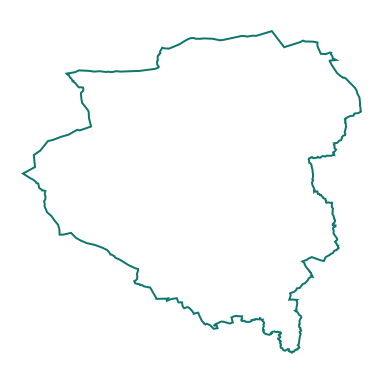 Lier nor, Buskerud, Norway (Equal Earth projection)
{"feature_id": "86288312B74882659121257", "entity_name": "Lier nor", "entity_type": "district", "adm_level": 2, "iso_a3": "NOR", "parent_name": "Norway", "parent_adm1": "Buskerud", "projection": "equal_earth", "projection_center": [10.309, 59.848], "detail": "fine", "context": "isolated", "style": "outline", "palette": "teal", "viewbox_px": 384, "rotation_deg": 0, "n_neighbors": 0, "source": "geoboundaries", "source_scale": "gbopen_adm2", "svg_char_len": 5973}
<svg xmlns="http://www.w3.org/2000/svg" viewBox="0 0 384 384"><path d="M23.0,173.6L31.1,178.7L33.1,179.6L36.4,182.5L36.5,183.1L38.3,183.6L39.2,188.0L41.8,189.7L42.0,190.4L42.8,190.3L45.4,191.0L44.7,194.0L45.5,196.5L45.4,199.2L44.1,201.3L44.7,203.8L44.6,206.0L44.8,207.1L46.2,209.9L46.9,212.1L51.5,216.1L54.3,220.2L58.1,224.9L59.4,229.4L59.6,234.7L62.8,234.7L71.1,232.9L76.0,237.9L81.0,240.7L86.8,243.1L95.1,245.0L102.3,247.7L107.1,250.0L109.0,252.1L110.4,254.5L111.4,254.5L114.6,256.4L115.1,257.6L119.5,259.5L128.7,265.2L135.4,268.3L138.0,269.0L138.1,270.3L136.9,274.1L137.3,276.0L137.1,279.0L135.5,280.6L134.2,281.2L135.4,283.4L139.8,284.3L140.1,285.1L142.5,285.2L143.7,286.3L150.2,287.6L156.2,298.0L156.3,298.8L166.4,298.7L167.8,298.4L166.7,300.1L166.8,300.8L170.8,299.1L176.9,298.2L178.2,302.1L178.7,302.4L182.0,302.3L182.6,306.2L184.2,308.3L187.1,307.1L189.2,307.8L191.7,310.5L193.4,312.8L193.7,313.8L197.9,312.6L198.6,313.3L198.7,314.2L201.9,320.9L203.4,322.5L203.8,323.4L204.2,323.3L205.5,324.5L206.9,323.7L210.2,325.3L213.7,328.8L217.5,328.2L216.7,325.6L214.4,325.6L214.2,325.3L216.0,324.9L215.6,324.2L221.1,321.6L223.4,321.7L229.6,323.5L232.8,322.5L231.5,317.5L234.0,316.3L236.7,315.8L237.8,316.2L241.9,316.3L241.7,316.9L241.9,317.4L241.6,319.0L241.9,319.1L241.3,320.1L241.7,320.9L244.7,320.8L245.3,321.6L246.9,321.9L249.9,321.8L252.0,320.6L251.8,320.0L253.2,319.7L253.3,319.9L254.7,319.8L255.3,319.6L255.4,319.1L259.7,319.4L260.0,319.1L260.0,318.2L260.5,318.4L260.7,319.3L261.5,319.9L262.7,319.7L262.4,320.5L262.7,321.2L263.5,321.6L264.2,323.0L263.4,324.3L263.9,326.1L263.1,327.9L263.1,329.9L263.8,330.0L263.8,330.4L263.1,330.3L263.1,330.8L263.7,330.9L263.7,332.3L264.2,333.0L265.7,334.0L269.3,334.8L271.2,334.1L271.8,333.4L271.0,333.0L272.0,331.9L274.6,331.4L275.9,332.1L277.6,331.7L279.5,332.2L280.0,332.1L280.7,332.6L281.0,333.1L280.6,333.9L279.3,334.4L278.7,335.0L278.8,335.5L280.2,336.4L280.3,337.4L278.7,338.5L278.1,338.5L278.2,339.1L278.9,339.4L279.5,340.4L280.5,340.8L280.7,341.2L280.0,341.3L279.9,341.9L280.3,342.2L280.1,343.1L280.8,344.0L280.6,345.0L281.0,345.2L280.5,346.8L280.9,347.8L282.2,348.1L283.5,350.3L285.2,350.7L287.7,349.1L288.9,349.2L288.7,351.0L289.4,351.5L290.7,351.6L291.7,352.5L291.1,352.9L292.4,352.5L291.9,352.4L292.5,351.7L293.7,351.7L294.3,351.3L294.7,350.3L296.5,349.7L296.2,349.5L296.4,349.3L297.5,349.2L298.5,348.3L298.4,347.9L299.3,347.5L298.5,345.9L298.5,345.0L298.0,344.9L298.8,343.8L299.9,336.1L300.6,334.3L300.5,333.5L299.9,333.0L299.7,331.9L301.1,330.6L300.3,329.3L300.6,329.1L300.4,328.0L299.5,327.5L299.6,327.1L299.0,326.2L299.3,325.0L299.1,324.5L299.7,324.3L299.5,320.7L301.3,317.1L300.7,315.8L299.2,315.0L297.4,312.0L296.0,311.5L295.0,310.6L296.6,309.9L296.3,308.7L297.3,303.2L296.6,300.6L297.2,299.9L291.5,299.5L289.3,299.7L290.7,295.4L290.1,293.3L294.5,291.6L296.5,289.7L296.7,288.4L299.8,287.9L302.8,284.0L304.8,283.4L307.7,280.4L308.6,278.5L311.4,276.6L312.7,276.8L312.4,276.1L311.5,275.7L312.0,275.4L311.2,274.1L311.1,272.8L310.1,272.3L310.0,271.5L309.0,270.9L308.7,269.9L307.5,268.9L306.1,266.9L304.7,264.6L304.5,263.2L302.4,261.4L306.8,259.9L308.2,258.7L311.8,257.1L320.6,260.3L323.9,261.0L325.6,257.2L330.3,254.5L330.8,253.9L332.9,253.0L333.9,251.2L335.8,250.1L336.4,250.2L337.0,249.4L337.7,249.0L337.8,248.5L338.5,248.4L338.7,248.0L338.2,247.5L337.9,246.3L338.2,245.7L336.9,244.9L336.4,243.3L335.0,241.8L337.2,239.8L337.2,238.7L333.5,233.5L333.7,230.6L333.0,229.0L333.2,227.7L334.1,226.9L335.5,226.4L335.5,225.4L333.9,225.6L332.7,225.0L332.7,224.1L333.9,223.4L333.8,223.1L334.9,221.6L335.0,221.0L334.9,219.7L334.3,219.1L333.9,218.0L333.8,216.3L332.5,214.0L332.5,212.2L332.8,211.3L332.6,210.4L333.0,208.7L331.9,207.1L331.8,205.0L332.2,203.2L331.8,202.6L330.3,202.9L328.5,202.4L326.9,202.6L325.7,203.2L326.3,202.6L325.8,201.5L326.0,200.5L325.6,200.2L325.4,198.9L323.3,198.2L323.2,197.5L321.4,195.7L321.1,195.0L320.0,195.1L319.4,194.0L317.9,193.9L317.3,191.4L315.2,191.6L314.9,190.8L314.1,191.7L313.9,188.1L312.5,185.3L311.9,182.7L313.1,180.1L312.4,179.5L313.0,176.9L313.0,173.5L312.5,171.7L312.7,170.5L311.5,166.3L311.7,165.5L310.6,163.4L309.2,162.7L309.1,160.3L308.7,159.1L309.1,158.3L310.5,158.0L311.5,157.1L312.6,157.3L313.3,158.2L316.9,157.7L317.9,156.8L318.9,157.6L320.5,157.7L320.8,157.1L322.6,156.1L325.5,156.5L326.6,155.7L331.2,155.8L333.2,154.8L334.0,155.0L333.8,154.5L334.0,154.3L333.4,153.8L333.8,153.0L333.2,152.4L334.6,151.5L336.1,149.6L334.4,147.9L334.6,146.0L333.9,144.9L334.8,143.7L334.3,143.2L337.2,142.9L338.8,140.9L341.2,140.0L341.8,138.0L342.1,137.9L342.1,137.0L343.0,135.8L345.1,135.1L345.3,133.6L344.8,133.0L344.8,132.0L346.0,126.8L345.8,123.8L345.1,122.8L345.5,122.3L345.2,121.7L345.5,121.2L345.0,120.2L345.4,119.6L344.9,119.0L345.5,118.4L350.2,116.0L353.5,115.7L354.4,113.5L358.0,113.2L361.0,111.6L360.5,110.4L360.5,107.6L359.9,105.7L360.1,104.1L359.5,97.6L357.1,93.1L356.9,91.3L355.1,88.0L345.5,78.2L344.1,77.7L343.6,77.9L340.9,76.3L337.1,73.1L331.8,65.1L329.6,60.9L329.9,60.6L336.1,60.0L332.7,58.3L332.5,56.7L331.0,54.1L331.3,52.9L330.0,52.5L325.8,54.1L320.8,53.8L317.4,46.0L317.4,42.4L312.5,41.6L305.3,41.5L302.9,40.6L300.5,42.0L284.2,47.2L271.8,31.1L256.4,35.8L252.1,35.7L247.7,36.5L241.9,35.9L223.3,39.9L220.0,40.3L212.9,38.8L204.5,38.4L199.9,38.8L195.4,38.7L193.6,38.0L190.7,38.1L186.3,40.0L179.6,44.2L169.1,48.6L164.5,48.4L162.2,47.7L160.0,51.7L160.3,53.3L159.4,53.7L159.3,54.7L158.1,55.4L157.6,57.1L157.8,60.5L157.2,61.2L157.1,63.9L157.4,64.9L158.8,66.8L158.2,67.7L154.9,68.9L139.5,70.9L120.7,71.6L115.8,71.2L112.1,72.1L107.7,71.7L106.3,72.0L99.3,71.2L94.4,71.6L88.2,70.8L78.9,70.4L75.1,72.2L66.6,73.6L67.7,74.7L69.1,75.4L69.9,77.4L71.4,78.7L72.1,80.0L73.3,80.9L72.8,81.3L75.0,82.8L78.3,86.9L79.3,87.4L82.0,87.3L83.0,87.6L83.3,88.7L83.2,90.6L80.9,93.0L81.4,99.0L82.1,102.8L87.9,110.2L88.7,112.0L89.0,118.3L91.1,126.5L79.8,130.4L77.2,129.8L68.5,134.7L61.4,136.7L53.0,139.9L47.9,141.1L40.2,150.7L33.8,155.0L35.0,167.0L23.0,173.6Z" fill="none" stroke="#0f766e" stroke-width="2"/></svg>